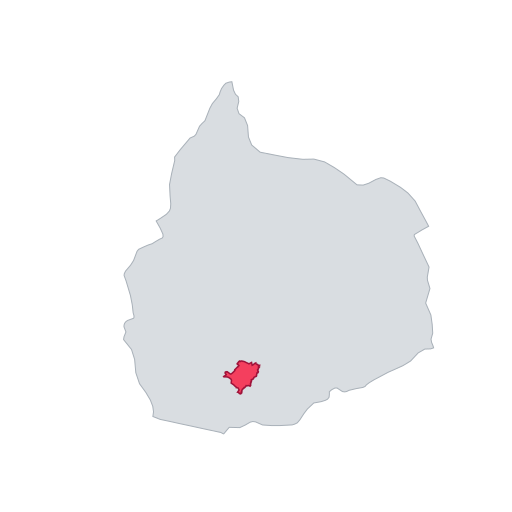 Zaka, Masvingo, Zimbabwe (highlighted), rotated 62°
{"feature_id": "62879985B3510020236883", "entity_name": "Zaka", "entity_type": "district", "adm_level": 2, "iso_a3": "ZWE", "parent_name": "Zimbabwe", "parent_adm1": "Masvingo", "projection": "robinson", "projection_center": [31.468, -20.378], "detail": "fine", "context": "in_parent", "style": "filled", "palette": "rose", "viewbox_px": 512, "rotation_deg": 62, "n_neighbors": 0, "source": "geoboundaries", "source_scale": "gbopen_adm2", "svg_char_len": 6288}
<svg xmlns="http://www.w3.org/2000/svg" viewBox="0 0 512 512"><g transform="rotate(62 256 256)"><path d="M349.3,422.4L345.4,419.6L340.2,417.7L333.5,416.9L324.8,417.3L314.1,418.8L302.6,416.9L290.3,411.7L280.1,409.8L268.0,412.1L267.5,412.1L265.3,410.4L262.0,406.5L256.5,405.8L255.0,404.9L253.7,403.5L252.9,401.7L252.6,399.6L253.5,393.3L253.0,392.6L251.5,391.8L248.4,391.1L241.1,388.2L231.9,385.4L217.0,382.4L211.2,381.6L209.8,380.6L208.1,378.3L205.2,371.0L202.5,366.2L196.0,358.8L195.0,356.5L195.3,350.6L195.7,345.9L196.4,341.9L196.1,338.1L195.9,333.4L196.1,330.3L195.2,328.9L192.9,327.9L186.3,327.5L178.2,327.7L177.9,322.9L177.1,315.5L175.6,311.3L173.7,309.1L170.0,306.8L162.5,303.6L152.3,298.8L143.5,291.7L133.5,282.9L130.4,281.4L126.6,273.1L120.9,258.9L121.2,254.2L120.4,251.9L114.9,244.9L113.6,241.3L112.6,237.6L103.9,227.4L100.9,222.9L98.6,217.2L96.3,212.6L94.4,210.8L91.9,207.7L90.1,204.1L89.3,201.5L89.9,197.9L90.8,195.5L99.1,198.0L103.6,198.2L107.1,197.0L111.5,198.7L116.7,203.3L122.4,204.2L128.6,201.3L136.9,202.2L147.4,206.8L156.0,207.7L166.3,203.6L175.5,192.3L184.1,181.6L192.6,169.3L197.6,159.4L205.1,151.3L215.1,145.1L225.2,139.8L240.6,133.4L243.7,128.1L244.7,122.3L244.7,114.2L245.5,109.0L247.1,106.6L249.7,104.7L253.0,102.3L263.2,96.2L271.7,92.3L282.2,89.7L293.6,89.7L304.6,89.6L310.8,89.6L310.9,97.4L311.4,106.1L312.6,107.0L320.9,107.1L334.2,107.8L347.0,108.4L355.1,114.7L357.9,116.0L366.4,117.7L377.2,128.3L390.2,129.3L399.2,132.6L407.1,136.2L411.6,140.5L414.6,141.5L418.5,141.9L420.5,142.3L420.0,145.4L417.4,150.7L417.7,158.3L421.3,168.8L421.8,178.0L420.7,194.1L420.7,209.7L421.0,215.3L421.6,219.0L422.4,221.0L422.2,223.4L420.1,229.9L418.3,236.8L418.2,239.6L417.6,241.5L416.3,243.3L410.6,246.4L409.6,248.4L409.6,252.0L410.3,255.0L412.5,256.1L415.0,257.8L416.0,260.0L416.0,262.4L415.2,266.8L412.9,274.0L415.2,282.4L417.7,287.8L421.2,294.1L422.7,297.9L422.6,300.7L422.1,303.4L416.8,314.8L413.0,321.9L408.3,329.5L402.2,334.3L400.6,336.6L400.0,339.2L400.2,344.9L399.9,350.9L394.7,360.1L397.9,368.0L397.2,368.7L395.4,369.8L387.9,378.7L380.3,387.7L374.7,394.3L368.4,401.8L361.3,410.1L355.3,417.3L349.3,422.4Z" fill="#d9dde1" stroke="#a8b0b8" stroke-width="1"/><path d="M354.2,304.2L354.0,304.5L353.9,304.8L353.8,305.1L352.6,305.5L352.7,305.8L350.7,306.8L350.3,306.5L350.2,307.4L350.7,309.5L350.7,310.7L347.9,309.9L347.9,311.0L347.9,312.8L347.7,312.9L347.5,313.2L346.8,313.6L346.6,313.8L346.3,314.0L345.7,314.5L344.7,315.2L344.4,315.4L344.2,315.5L343.9,315.7L343.7,316.0L343.0,316.7L342.9,317.0L342.7,317.0L342.4,317.4L342.4,317.5L342.2,317.8L342.0,318.0L341.8,318.2L341.7,318.6L341.8,318.8L341.8,319.1L341.7,319.1L341.5,319.3L341.6,319.6L341.4,319.7L341.2,319.8L341.3,319.9L341.3,320.0L341.1,320.2L341.1,320.3L341.3,320.4L341.3,320.5L341.2,320.8L341.3,320.9L341.4,321.1L341.4,321.3L341.5,321.4L341.6,321.7L341.7,321.8L341.9,322.3L341.9,322.5L342.1,322.7L342.1,322.8L342.1,323.0L342.4,323.2L342.6,323.1L342.6,323.3L342.8,323.3L342.8,323.1L343.1,323.0L343.3,322.9L344.3,322.6L344.5,322.5L344.8,322.5L344.9,322.9L345.0,323.1L345.1,323.5L345.1,323.8L345.3,323.9L345.5,324.2L345.5,324.3L345.4,324.4L345.3,324.5L345.4,324.8L345.5,325.0L345.7,325.8L345.9,326.3L346.0,326.6L346.1,326.8L346.1,327.1L346.2,327.4L346.4,327.8L346.4,328.1L346.5,328.2L346.6,328.3L346.8,328.4L347.2,328.4L347.3,328.5L347.5,329.3L347.5,329.6L347.8,330.1L347.9,330.7L348.0,330.9L348.0,331.2L348.2,331.6L348.3,332.2L348.4,332.9L348.4,333.7L348.3,333.9L348.1,334.1L347.3,334.5L347.1,334.6L346.0,335.1L345.0,335.6L344.9,335.7L344.7,335.7L344.5,335.9L344.5,336.0L344.7,336.3L344.5,336.5L344.1,336.8L344.1,337.0L344.3,337.2L344.3,337.3L344.2,337.4L344.2,337.6L344.2,337.8L344.4,337.8L344.6,337.9L344.8,338.1L345.0,338.2L345.1,338.3L345.5,338.2L345.9,338.1L346.2,338.0L346.6,337.9L346.8,337.9L346.9,338.0L346.9,338.5L347.0,338.8L347.0,339.2L347.1,339.5L347.1,339.8L347.2,340.1L347.2,340.3L347.1,340.6L347.2,340.8L347.3,341.2L347.6,341.1L349.3,338.1L351.0,336.8L353.1,335.9L353.3,335.9L354.3,336.0L356.0,337.2L356.5,337.6L358.3,336.7L358.9,336.3L360.6,335.8L362.7,335.0L362.7,334.9L363.1,334.7L363.2,334.9L364.0,333.8L366.3,333.8L367.6,336.2L367.9,335.8L369.0,335.3L370.2,334.8L370.2,334.7L370.2,334.4L370.3,334.4L370.3,334.5L370.4,334.4L370.2,334.1L370.3,334.0L370.2,333.9L370.3,333.8L370.2,333.7L370.3,333.7L370.3,333.4L370.3,333.2L370.2,332.9L369.9,332.7L369.3,332.3L369.2,332.3L369.1,332.2L368.9,332.2L368.6,332.3L368.5,332.2L368.7,331.9L368.2,331.6L367.9,331.5L367.8,331.4L367.7,331.2L367.6,330.6L367.5,330.4L367.4,330.2L367.2,330.2L367.2,329.8L367.1,329.4L367.0,329.2L366.9,329.1L366.9,328.8L366.9,328.7L367.0,328.5L367.0,328.4L366.9,328.4L366.7,328.5L366.6,328.4L366.5,328.2L366.6,327.8L366.7,327.6L366.6,327.4L366.7,327.1L366.6,326.8L366.1,325.5L366.0,325.4L365.9,325.4L366.0,325.2L366.3,324.9L366.5,324.7L366.5,324.2L366.8,323.9L366.9,323.7L366.8,323.4L366.9,323.2L367.0,323.0L367.1,322.9L367.3,322.7L367.5,322.5L367.7,322.4L367.8,322.4L368.1,322.5L368.2,322.4L368.0,322.2L367.9,322.2L367.8,321.9L367.8,321.6L367.7,321.6L367.2,321.3L367.0,321.1L366.9,321.1L366.7,320.9L366.3,320.7L366.0,320.6L365.9,320.5L365.9,320.3L365.8,320.2L365.8,320.3L365.7,320.4L365.6,320.2L365.4,319.9L365.2,320.0L365.0,319.8L364.8,319.6L365.0,319.4L364.9,319.3L364.8,319.2L364.6,319.1L364.4,319.0L364.2,318.8L364.1,318.7L364.1,318.4L363.9,318.3L363.7,318.3L363.2,318.2L363.1,318.3L363.0,318.2L363.0,317.9L363.1,317.5L363.1,317.4L363.2,317.0L363.2,316.8L363.3,316.6L363.3,316.4L363.3,316.2L363.2,316.0L363.0,315.9L362.9,315.9L362.8,315.7L362.8,315.4L362.7,315.2L362.4,315.0L362.2,314.9L362.2,314.6L362.2,314.4L362.2,314.2L362.2,313.9L362.2,313.6L362.3,313.2L362.2,312.9L362.2,312.7L362.3,312.5L362.4,312.3L362.3,312.1L362.1,311.8L361.9,311.7L361.7,311.5L361.3,311.5L361.2,311.3L360.8,310.9L360.5,310.7L360.4,310.6L360.2,310.4L359.9,310.3L359.9,310.2L359.7,309.9L359.8,309.8L359.8,309.7L360.0,309.5L360.0,309.3L360.0,309.1L359.9,309.0L359.8,308.8L359.6,308.5L359.5,308.4L359.4,308.4L359.3,308.5L359.2,308.6L359.1,308.2L358.8,308.2L358.7,308.2L358.5,308.3L358.3,308.2L358.2,308.3L357.9,308.3L357.7,308.0L357.6,307.9L357.3,308.0L357.0,307.9L357.0,307.4L356.9,307.3L356.9,307.1L356.7,307.0L356.6,306.8L356.4,306.6L356.2,306.2L355.9,305.7L355.7,305.2L355.0,305.9L354.2,304.2Z" fill="#f43f5e" stroke="#9f1239" stroke-width="1.5"/></g></svg>